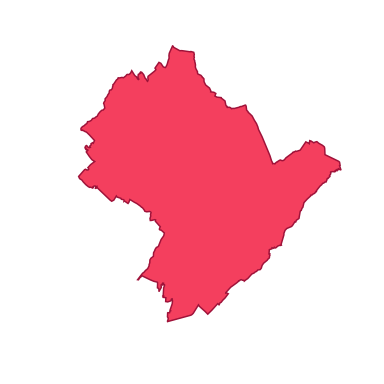 the district of Tamna, Mehedinti, Romania, rotated 294°
{"feature_id": "2599482B4127462983922", "entity_name": "Tamna", "entity_type": "district", "adm_level": 2, "iso_a3": "ROU", "parent_name": "Romania", "parent_adm1": "Mehedinti", "projection": "natural_earth1", "projection_center": [23.01, 44.562], "detail": "fine", "context": "isolated", "style": "filled", "palette": "rose", "viewbox_px": 384, "rotation_deg": 294, "n_neighbors": 0, "source": "geoboundaries", "source_scale": "gbopen_adm2", "svg_char_len": 5989}
<svg xmlns="http://www.w3.org/2000/svg" viewBox="0 0 384 384"><g transform="rotate(294 192 192)"><path d="M272.5,319.3L276.1,316.1L276.5,316.5L278.8,315.0L279.3,314.6L279.7,313.5L280.2,298.3L285.8,295.5L287.0,294.6L287.2,294.0L287.7,292.3L288.1,287.9L288.8,285.6L287.6,284.1L286.5,283.3L287.0,279.7L286.6,279.6L286.7,278.7L283.8,279.5L284.2,277.9L284.0,277.4L284.1,275.6L274.2,273.8L271.6,270.9L271.5,270.0L269.8,268.8L269.8,268.4L269.1,267.9L268.7,268.0L261.4,263.9L259.0,263.3L257.6,262.3L257.2,261.1L257.2,259.8L256.6,259.1L254.8,257.9L254.3,257.9L253.9,257.2L252.9,256.7L251.7,256.5L251.4,256.2L251.5,255.7L251.2,255.4L251.1,254.5L250.7,254.1L251.9,253.2L252.7,252.1L256.9,248.4L271.0,233.5L276.1,227.4L278.3,225.6L280.7,223.1L282.9,219.8L285.9,216.0L287.3,212.2L287.5,211.1L288.2,210.5L289.0,208.6L292.2,206.7L293.1,205.8L293.1,205.3L290.2,202.4L289.7,201.4L288.5,200.4L285.4,196.5L285.1,195.4L284.2,194.3L284.6,193.3L284.7,192.0L283.9,190.2L284.3,189.4L283.9,189.4L285.1,187.6L288.6,185.1L289.8,180.2L290.3,180.9L288.8,176.2L289.0,173.9L291.7,173.7L292.0,171.5L291.1,168.3L292.1,168.0L294.1,165.7L295.3,161.0L297.0,158.9L297.9,158.0L300.2,156.9L300.8,155.8L300.8,154.9L301.3,154.6L302.2,152.7L302.2,149.4L303.1,148.5L304.1,148.1L306.3,145.3L307.6,144.2L309.5,143.5L311.4,142.2L311.8,141.7L313.0,141.1L314.3,139.6L316.1,139.3L316.9,138.5L318.5,138.2L320.3,136.8L319.9,133.8L319.4,133.5L317.0,125.2L316.1,123.4L316.7,116.5L317.5,115.5L317.5,114.8L309.5,114.8L307.4,115.4L304.8,116.7L303.2,116.7L298.4,117.4L295.8,117.3L294.8,117.0L294.6,114.9L296.9,111.2L297.0,109.1L290.1,107.8L289.4,109.1L288.9,109.2L287.3,108.7L279.8,104.8L278.2,105.3L277.0,106.2L275.7,106.5L275.0,106.3L275.4,105.5L276.6,104.0L276.9,102.9L279.6,100.1L280.9,97.4L280.8,96.3L280.5,96.2L279.8,96.8L279.5,96.7L279.4,96.0L278.7,96.0L277.6,95.1L274.9,95.9L273.4,97.5L272.9,97.2L273.2,96.4L274.7,94.2L274.9,93.0L275.2,92.2L278.3,87.6L275.7,87.5L274.3,87.0L273.7,86.6L273.1,85.1L272.7,84.7L271.1,84.3L268.5,82.9L268.2,81.4L266.5,79.0L266.4,78.3L266.0,78.0L265.0,78.2L263.7,77.4L258.9,76.6L257.8,76.1L256.8,76.6L256.0,76.6L254.3,77.1L252.5,76.7L251.8,75.6L250.7,75.4L248.7,76.0L246.0,75.5L245.1,75.7L241.7,74.7L240.3,75.5L238.1,75.1L237.0,75.2L236.2,76.1L233.2,78.2L230.9,77.6L229.9,76.3L227.9,75.4L225.2,74.7L222.6,74.6L221.2,73.5L219.9,73.0L218.7,71.3L216.6,70.9L215.4,70.1L214.5,69.2L213.8,68.0L211.7,68.1L210.2,67.0L209.1,66.8L207.1,65.3L205.2,64.7L204.6,64.8L203.5,65.4L203.5,66.5L204.0,66.8L203.7,69.9L203.8,71.2L202.4,75.1L199.4,82.0L196.4,82.0L196.6,81.1L195.0,80.1L194.1,80.7L192.3,79.9L191.5,81.0L190.9,80.5L190.5,79.1L191.5,77.1L191.5,76.6L190.5,76.1L189.1,76.2L188.9,77.2L188.3,76.9L187.6,77.9L187.6,78.4L188.4,78.9L187.0,78.5L188.1,79.4L188.1,79.7L187.9,79.9L185.6,79.1L182.7,83.8L180.8,87.4L180.3,90.7L175.7,88.2L171.9,87.0L171.4,88.0L170.6,88.4L170.1,88.2L169.3,87.1L169.5,85.5L168.7,84.8L160.1,82.1L158.5,83.9L158.1,86.6L156.9,88.7L155.5,92.1L154.7,95.1L154.6,96.6L155.2,97.5L155.2,99.7L155.9,100.0L156.5,99.4L157.2,99.8L158.0,100.8L158.1,101.9L156.1,102.2L156.1,102.5L156.9,103.3L157.9,103.3L157.3,103.8L151.3,120.5L150.9,122.4L152.8,123.9L157.6,124.5L156.9,125.6L157.3,129.7L156.6,130.4L157.2,132.7L156.8,133.3L155.9,133.6L156.3,133.8L155.5,138.2L156.8,138.5L159.9,138.3L159.2,143.4L159.0,146.4L158.1,150.7L157.5,152.2L157.6,152.9L156.3,155.4L155.2,156.8L155.5,158.7L156.9,161.1L157.0,162.1L156.8,162.8L156.5,163.0L154.7,163.2L153.2,164.1L150.7,164.4L149.0,165.5L149.7,166.8L151.6,169.2L151.7,170.1L150.4,170.4L147.8,176.1L147.5,177.1L145.2,177.2L144.5,177.5L144.3,178.3L144.6,179.3L143.3,183.4L140.6,184.0L136.0,183.1L128.9,183.4L127.9,183.0L126.9,182.0L124.4,181.6L124.0,181.8L120.9,181.6L117.5,182.9L114.8,181.4L112.8,181.2L110.2,182.2L108.0,182.4L107.3,182.8L103.9,182.7L101.4,181.4L99.2,180.8L97.7,179.9L89.8,178.0L90.0,178.8L93.7,179.4L93.5,179.8L95.1,180.2L94.8,189.7L94.9,193.6L95.5,196.7L95.3,197.3L93.9,198.0L90.4,199.4L90.3,200.6L89.5,201.5L87.5,202.3L92.5,202.8L93.6,202.0L94.7,201.6L95.7,202.3L95.3,202.5L95.2,202.8L96.0,202.8L96.5,202.2L96.9,202.3L97.1,203.1L95.7,203.6L96.1,204.5L95.9,204.8L92.6,205.2L86.0,207.7L85.4,207.6L85.5,208.4L84.9,208.5L84.7,208.0L84.4,208.1L84.6,208.7L84.1,208.8L84.8,211.1L81.2,212.5L81.7,214.5L83.9,216.9L85.9,216.8L86.3,217.3L84.5,218.5L81.8,219.4L75.1,220.0L74.8,220.8L74.2,220.3L72.6,220.6L72.0,219.1L71.7,218.9L67.9,220.4L67.3,221.4L66.9,221.6L65.8,222.0L64.1,222.1L63.7,222.4L79.0,241.1L80.2,241.9L81.8,242.5L91.5,243.8L90.5,245.3L88.3,252.3L86.8,256.1L92.1,258.2L100.5,260.9L100.5,261.4L99.9,262.4L100.0,262.7L102.0,262.6L103.1,263.5L105.6,264.1L108.6,265.3L113.8,266.5L113.8,265.0L114.1,264.4L113.5,263.9L113.8,263.8L120.8,266.1L127.0,269.7L129.3,270.8L129.8,270.7L130.2,271.5L131.4,271.9L132.0,272.7L131.9,273.8L132.4,275.4L131.8,276.0L134.0,277.1L135.5,278.1L141.4,280.0L143.3,281.7L144.9,282.4L145.7,283.3L147.4,283.7L148.9,285.9L150.7,286.3L153.4,285.9L156.1,286.4L160.3,288.5L161.6,288.7L162.6,289.3L163.5,289.4L165.0,288.9L166.0,288.9L166.3,288.5L167.2,288.2L166.8,287.5L170.8,286.1L172.6,288.1L173.6,287.8L173.7,289.2L174.8,289.6L174.4,290.0L175.0,291.2L177.7,292.5L179.0,293.9L179.2,294.7L179.8,295.3L180.4,294.7L190.2,293.4L191.5,292.8L194.9,292.6L197.3,293.5L200.9,296.9L202.1,297.4L206.6,298.1L206.6,298.7L206.9,299.0L208.6,298.8L211.3,300.5L218.0,298.8L219.0,298.8L219.6,299.3L221.8,299.1L223.1,299.5L227.8,298.6L232.3,300.1L236.7,302.0L237.3,301.7L238.0,302.8L239.5,303.5L240.7,304.6L242.5,304.9L242.7,305.4L243.0,305.5L243.3,305.1L245.8,305.6L249.6,306.6L251.4,307.5L253.0,307.8L253.7,308.7L255.3,309.5L255.7,310.4L258.1,310.3L258.4,310.1L259.4,310.2L259.8,310.5L259.8,310.8L261.3,311.2L262.0,311.6L262.6,311.6L263.1,310.9L264.4,311.3L265.2,311.3L266.5,310.5L266.9,310.7L267.0,311.2L267.6,311.6L268.1,313.1L268.9,313.8L268.6,314.3L269.5,314.7L270.0,314.3L270.9,314.9L270.4,315.1L270.5,315.9L271.3,315.9L271.8,316.5L272.1,316.1L272.8,316.3L272.6,317.7L272.8,318.5L272.5,319.3Z" fill="#f43f5e" stroke="#9f1239" stroke-width="1.5"/></g></svg>